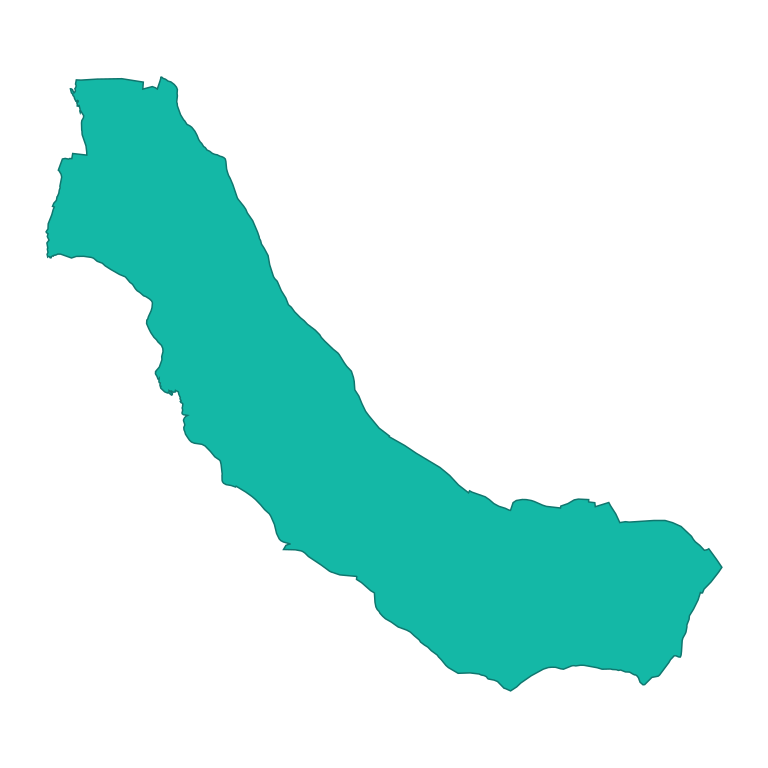 outline of Dabaca, Cluj, Romania
{"feature_id": "2599482B33158001098606", "entity_name": "Dabaca", "entity_type": "district", "adm_level": 2, "iso_a3": "ROU", "parent_name": "Romania", "parent_adm1": "Cluj", "projection": "orthographic", "projection_center": [23.677, 46.974], "detail": "fine", "context": "isolated", "style": "filled", "palette": "teal", "viewbox_px": 768, "rotation_deg": 0, "n_neighbors": 0, "source": "geoboundaries", "source_scale": "gbopen_adm2", "svg_char_len": 5984}
<svg xmlns="http://www.w3.org/2000/svg" viewBox="0 0 768 768"><path d="M721.9,567.3L716.4,559.2L708.8,548.8L707.2,549.7L704.4,550.3L699.9,545.5L695.3,541.8L693.3,539.3L691.5,536.3L681.1,526.5L672.7,522.7L665.1,520.5L653.7,520.5L629.2,522.1L625.4,521.7L619.8,522.6L615.8,514.0L610.5,505.7L608.8,502.5L595.3,506.7L594.8,502.7L588.9,502.0L588.6,501.8L588.7,499.6L578.3,499.1L574.2,499.9L567.9,503.6L560.8,506.1L560.5,508.0L546.4,506.4L542.7,505.2L534.3,501.5L531.3,500.5L526.2,499.6L522.3,499.5L516.3,500.5L513.1,502.6L510.5,510.4L508.8,510.0L505.3,508.3L498.9,506.3L493.9,503.6L489.4,499.7L485.2,496.8L471.9,492.1L469.6,490.8L468.5,492.8L458.5,485.0L449.7,475.5L440.0,467.5L416.3,453.3L404.7,445.5L389.1,436.7L389.4,436.0L379.1,428.1L368.7,415.5L365.6,411.3L361.9,403.6L358.8,396.0L354.8,389.8L354.2,381.4L353.4,377.3L351.4,371.2L346.8,366.4L344.3,362.9L339.2,354.6L337.9,353.0L333.2,349.2L324.8,341.2L321.3,337.4L319.7,334.7L315.2,330.1L307.5,324.3L304.1,320.7L300.4,317.7L294.6,311.8L291.3,307.2L288.4,304.7L285.8,298.0L281.3,290.7L277.7,282.3L277.1,281.1L274.7,278.6L273.5,276.6L269.7,264.8L268.1,255.6L264.2,248.3L261.5,244.1L260.6,240.6L259.3,238.2L259.3,237.2L257.6,232.2L252.7,220.7L247.3,212.9L245.8,209.3L243.7,206.2L238.1,199.2L237.3,197.8L232.8,184.5L230.1,178.2L228.6,175.5L227.5,172.3L226.6,169.0L225.9,161.6L225.3,159.0L223.8,157.6L221.9,156.7L220.0,156.2L217.2,154.8L214.9,154.4L212.4,153.4L209.6,151.2L207.0,150.0L205.3,147.6L203.6,146.5L201.7,143.4L200.2,141.9L198.7,139.5L197.1,135.4L194.9,131.2L191.8,127.3L189.8,125.8L187.0,124.4L184.6,120.7L183.7,119.9L180.6,114.8L177.4,105.9L177.2,103.5L176.7,102.0L177.4,95.9L177.1,93.3L177.4,89.6L176.5,87.2L174.3,84.5L170.9,81.9L168.1,81.1L165.5,79.2L163.2,78.4L161.7,77.1L160.8,77.3L160.8,78.3L159.9,81.4L157.3,89.0L155.5,87.8L152.3,86.6L142.8,89.1L143.3,82.1L121.8,78.7L97.3,79.1L81.0,80.1L76.3,79.9L75.5,84.1L76.1,85.4L76.1,86.2L75.6,87.8L74.9,88.5L75.4,90.6L75.3,91.5L74.0,92.9L73.4,91.3L72.7,90.7L72.5,89.6L70.9,88.7L70.4,88.8L71.4,92.8L72.5,94.0L73.1,95.7L73.6,96.0L74.2,97.1L74.5,98.5L75.9,101.3L76.7,101.7L76.9,101.3L76.7,100.9L77.5,100.4L78.3,101.0L78.2,101.7L77.6,101.5L77.3,102.6L76.9,102.8L77.0,103.6L77.3,104.1L77.2,106.0L78.2,106.2L78.4,105.6L79.1,105.5L80.0,108.9L80.1,110.1L79.8,110.9L80.3,112.7L80.9,111.2L83.7,115.7L83.4,117.8L81.8,120.6L81.5,122.9L81.7,129.9L82.1,132.0L82.0,132.7L82.2,134.8L86.0,145.9L86.7,151.9L86.8,155.1L72.7,153.5L71.8,158.6L69.7,158.5L68.6,159.1L65.2,158.4L62.4,159.0L58.3,170.2L59.2,171.0L61.1,174.3L61.7,177.1L59.9,186.2L60.1,187.8L59.3,190.0L58.8,193.2L57.5,196.3L57.0,196.8L56.4,200.3L53.8,203.2L52.5,206.4L54.3,207.0L53.2,209.5L51.8,214.7L48.2,223.8L48.0,228.9L46.1,231.7L46.4,232.6L48.0,233.7L47.3,236.6L49.0,240.1L46.9,243.0L47.8,248.2L47.3,249.0L48.0,252.4L47.1,254.3L47.7,257.0L48.3,256.5L49.7,256.7L49.9,257.6L50.9,257.9L51.3,257.4L51.4,256.7L52.7,255.8L53.3,256.1L54.1,255.2L55.7,255.1L57.7,254.1L60.6,254.1L71.5,258.0L76.3,256.4L83.7,256.3L91.3,257.4L93.5,258.2L97.2,261.3L102.3,263.2L105.2,265.9L111.0,269.6L119.4,274.4L125.4,276.9L129.9,282.3L132.5,284.3L135.4,288.8L137.1,290.7L140.0,292.6L143.6,295.8L145.9,296.6L149.6,299.0L151.5,300.8L152.3,302.3L152.4,303.2L152.0,307.6L151.1,310.8L148.4,316.7L147.7,319.1L146.8,320.1L146.6,323.6L148.8,328.7L150.9,332.8L154.0,337.4L156.5,339.8L158.0,342.0L161.5,345.4L162.8,348.5L163.0,351.6L161.7,356.6L161.9,359.2L161.8,360.1L159.3,367.1L156.2,370.7L155.6,371.6L155.8,371.8L155.4,373.0L155.6,374.1L157.0,376.4L158.0,379.1L158.6,379.3L159.1,378.6L158.9,381.2L159.2,382.6L160.3,383.0L159.9,385.0L160.3,386.4L160.8,386.4L160.5,387.1L160.8,388.2L164.6,391.8L167.5,393.0L167.9,393.0L168.2,392.4L171.5,395.1L172.3,394.7L172.4,393.6L170.6,391.8L169.1,391.1L169.0,390.5L170.6,391.2L171.6,391.0L172.2,391.8L173.5,392.2L175.4,391.9L175.3,390.5L175.4,390.3L178.3,391.8L178.8,394.2L180.3,397.7L180.0,398.8L181.1,400.6L181.1,401.0L180.3,401.4L180.5,401.8L181.0,402.6L182.6,403.4L182.8,404.1L182.5,406.8L182.1,408.0L182.5,408.9L182.6,410.6L182.0,412.9L182.2,413.7L183.4,414.7L187.6,415.4L185.8,416.4L184.5,417.8L183.6,419.6L183.5,420.7L184.4,423.3L184.8,425.1L183.8,427.4L184.0,429.8L184.8,431.6L185.5,434.2L187.7,437.6L189.5,440.2L191.4,442.0L194.3,443.2L201.9,444.3L205.0,445.9L210.4,451.4L214.8,456.8L219.6,460.1L220.3,461.1L221.1,464.4L222.1,473.4L222.3,473.8L222.0,475.1L222.1,480.4L222.5,481.7L223.6,483.2L226.1,484.6L231.2,485.5L235.5,487.0L236.1,486.2L245.7,492.0L252.0,496.5L255.5,499.5L260.7,504.9L264.6,509.6L269.3,513.8L270.8,516.2L274.4,524.4L276.6,533.5L279.2,538.9L280.8,540.6L283.4,542.0L290.6,544.0L288.3,544.4L285.9,545.4L283.5,549.5L295.3,549.8L301.3,550.9L303.0,551.7L305.0,553.1L308.4,556.5L321.3,565.1L329.4,571.1L331.2,572.0L339.9,574.9L356.5,576.4L356.8,576.7L356.5,579.4L361.4,582.5L370.6,590.6L374.4,592.9L375.0,602.3L375.9,606.9L377.2,609.5L379.1,611.5L380.0,613.3L382.8,616.4L385.5,618.8L391.0,621.9L398.2,627.0L406.7,630.1L410.4,632.1L414.2,635.7L419.2,639.9L420.6,642.1L424.4,645.0L427.8,647.1L431.3,650.7L437.3,655.1L438.5,656.9L441.1,659.5L445.9,665.4L448.4,667.6L458.1,673.3L470.0,672.9L479.1,674.0L481.2,675.0L484.2,675.6L486.5,676.8L487.7,678.6L488.4,679.0L494.1,680.1L497.5,681.5L504.1,688.3L505.2,688.5L510.6,690.9L516.7,686.9L520.8,683.0L531.3,675.7L543.4,669.1L548.4,667.5L552.0,667.2L555.7,667.3L560.7,668.8L563.5,669.2L571.9,665.8L573.9,665.6L575.8,665.9L580.6,665.2L584.0,665.3L597.1,667.7L602.1,669.2L610.4,669.0L612.5,669.5L616.4,669.7L618.4,670.4L620.6,670.0L625.4,671.9L629.6,672.1L633.1,674.2L634.6,674.9L635.2,674.7L636.8,675.7L638.4,677.7L640.1,682.3L643.0,684.8L644.7,684.6L651.9,677.4L658.1,676.2L659.5,675.1L668.9,662.5L670.5,659.7L674.2,655.8L676.0,655.8L678.5,656.9L680.2,657.1L680.5,656.7L681.1,655.0L681.5,651.4L682.2,640.5L682.9,638.0L685.4,633.5L686.0,632.0L686.9,627.1L686.9,624.9L689.1,619.2L689.4,615.9L689.9,615.0L693.5,609.2L698.1,599.9L700.4,592.5L701.5,593.0L702.5,592.9L704.0,589.2L710.9,582.1L718.6,572.2L721.9,567.3Z" fill="#14b8a6" stroke="#0f766e" stroke-width="1.5"/></svg>